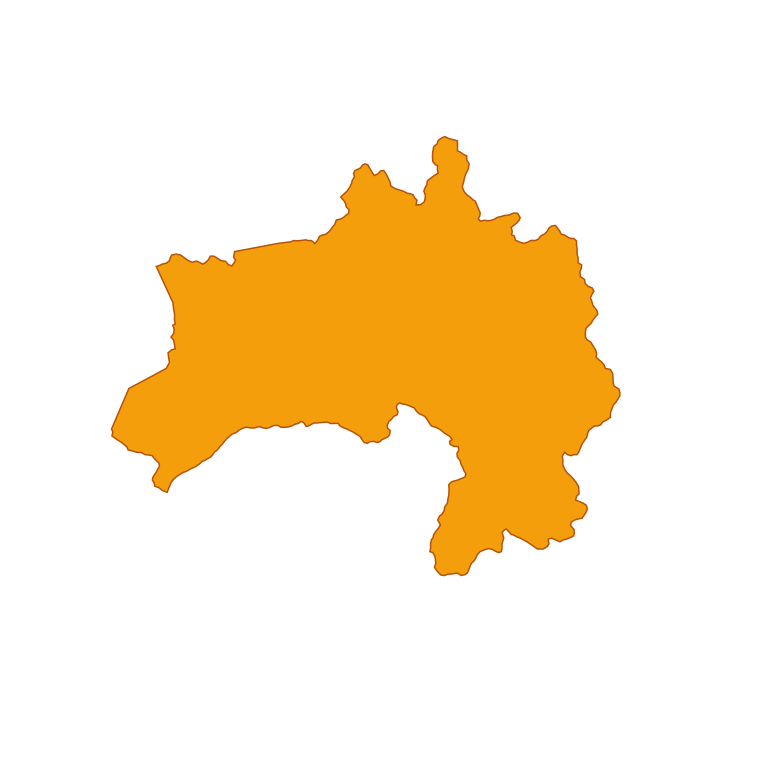 Colatina, Espírito Santo, Brazil, rotated 138°
{"feature_id": "56859067B84433470504301", "entity_name": "Colatina", "entity_type": "district", "adm_level": 2, "iso_a3": "BRA", "parent_name": "Brazil", "parent_adm1": "Espírito Santo", "projection": "orthographic", "projection_center": [-40.658, -19.472], "detail": "fine", "context": "isolated", "style": "filled", "palette": "amber", "viewbox_px": 768, "rotation_deg": 138, "n_neighbors": 0, "source": "geoboundaries", "source_scale": "gbopen_adm2", "svg_char_len": 6171}
<svg xmlns="http://www.w3.org/2000/svg" viewBox="0 0 768 768"><g transform="rotate(138 384 384)"><path d="M189.4,481.0L185.0,484.2L181.3,485.9L177.7,487.3L173.5,490.5L172.6,495.1L169.9,498.1L171.3,501.5L172.1,505.1L173.4,508.1L170.1,511.7L166.7,515.7L171.4,522.6L173.4,527.3L176.4,528.2L180.5,528.8L184.0,526.9L188.2,527.1L192.7,523.7L196.1,520.3L198.9,516.6L199.1,513.0L198.2,510.3L201.0,507.5L202.6,504.4L206.8,505.3L215.7,506.0L218.7,503.6L222.0,502.4L225.3,500.7L227.0,496.5L229.6,494.2L232.0,492.5L236.8,492.7L240.4,495.6L236.5,498.6L236.7,501.6L235.8,505.4L237.4,508.1L239.1,510.4L240.6,514.4L242.6,517.6L244.4,520.6L245.6,523.6L246.4,526.6L244.8,529.2L243.7,532.3L242.6,535.6L241.9,539.1L241.3,542.8L244.0,544.7L247.7,544.2L251.8,545.5L250.9,550.4L250.2,554.4L249.3,557.8L251.0,560.4L253.6,561.1L256.6,560.3L259.5,561.0L262.9,562.0L265.7,560.9L267.1,557.9L271.6,556.4L274.1,554.7L277.7,553.2L281.9,552.1L291.1,551.9L291.1,547.0L291.8,544.0L293.5,540.8L293.4,536.8L296.3,534.5L299.2,534.9L301.9,534.8L305.6,535.5L309.6,537.8L313.8,535.5L318.3,534.9L322.1,534.0L327.3,534.3L330.3,536.1L333.1,536.9L337.1,535.2L341.4,534.7L341.9,539.1L344.2,541.2L345.8,543.6L349.3,545.9L353.1,548.9L355.2,551.1L358.2,552.1L368.8,559.5L406.3,582.3L408.8,580.6L411.1,578.5L411.3,575.4L414.7,574.3L418.0,573.5L419.8,576.8L419.7,581.3L422.6,584.7L423.7,589.1L424.8,592.7L427.4,595.2L431.4,593.8L435.4,593.7L438.5,594.4L439.6,597.5L441.1,600.9L445.2,602.9L446.7,606.4L447.8,610.7L448.8,615.8L451.5,619.6L455.6,621.9L458.2,620.8L461.5,619.1L465.2,619.6L468.2,621.3L471.9,622.5L474.6,623.7L486.4,585.7L488.3,583.1L490.1,580.7L491.5,578.2L493.7,575.1L496.9,571.8L498.8,568.3L501.6,569.0L503.3,565.1L506.5,562.3L510.9,561.4L511.0,557.5L512.8,554.3L515.7,549.8L519.0,551.5L523.6,551.7L526.6,547.4L529.0,543.6L535.4,541.3L559.3,547.1L576.5,551.4L616.7,532.8L617.6,529.7L620.9,527.6L620.2,523.8L619.0,519.3L618.1,516.0L617.1,509.3L618.3,506.3L615.7,502.4L613.1,498.2L610.1,495.4L609.0,491.6L606.3,488.6L604.3,486.0L604.6,482.6L604.2,475.8L605.8,473.2L609.2,472.1L612.7,470.7L615.4,470.1L618.0,469.4L620.5,467.6L621.0,464.1L622.8,461.6L620.7,457.7L619.9,453.0L617.6,448.6L612.7,451.1L610.2,452.2L607.6,453.4L603.6,454.0L598.9,453.9L594.7,453.1L592.1,452.5L588.9,451.2L585.7,450.6L582.8,449.8L579.4,448.7L574.9,448.1L571.1,448.1L568.6,447.2L564.4,446.4L561.8,445.7L558.6,446.0L555.6,446.8L552.0,446.5L547.7,447.3L544.5,447.5L540.8,448.2L537.5,448.5L534.3,448.5L530.3,448.4L526.3,446.8L522.5,446.7L518.0,445.5L515.1,444.0L513.0,441.2L510.1,438.3L507.6,437.1L504.9,435.4L503.3,432.4L501.4,429.9L498.0,428.2L493.6,426.9L490.5,424.1L489.5,420.8L486.8,418.3L484.0,416.2L480.8,414.7L477.3,413.7L473.9,412.0L470.7,411.8L469.5,408.9L470.2,404.4L467.8,403.2L464.8,402.6L462.1,401.8L459.5,399.6L451.8,393.9L450.0,390.2L446.9,387.6L444.5,385.4L444.7,382.1L443.7,379.2L441.8,375.5L440.5,372.4L439.3,369.4L438.5,366.7L437.6,363.8L436.9,360.8L437.5,357.9L437.9,353.8L436.0,351.1L432.8,350.4L429.9,348.1L428.4,345.2L425.9,343.8L423.2,344.1L416.1,342.0L412.9,343.1L410.5,345.6L411.0,348.5L409.6,350.9L405.6,352.9L402.6,352.7L398.6,353.4L394.8,352.3L392.1,354.0L390.8,357.9L388.5,359.8L385.4,359.7L383.8,357.0L381.3,353.8L377.5,346.0L378.0,342.8L377.9,338.7L376.4,335.5L375.3,332.0L375.7,328.2L376.5,324.5L376.8,320.8L374.3,316.9L372.7,312.4L371.9,306.8L370.1,300.9L370.7,297.3L373.7,297.5L375.2,295.0L373.9,291.0L370.7,287.9L372.9,284.7L376.2,283.6L378.4,280.6L378.7,276.1L380.3,273.2L381.5,268.8L382.8,265.5L383.1,262.6L386.0,260.7L390.4,262.2L393.2,263.2L399.1,266.1L403.3,265.8L405.9,262.5L410.1,258.1L413.0,256.1L416.5,253.1L421.4,251.9L423.8,249.8L427.5,248.5L431.0,248.7L435.1,247.0L436.3,241.6L440.4,240.3L444.3,239.8L448.1,238.7L450.5,237.0L453.2,236.4L456.2,234.2L459.3,230.8L462.1,228.7L460.5,226.0L461.5,222.0L463.1,219.3L465.6,216.0L469.1,214.2L469.7,210.3L469.7,207.1L469.6,204.1L467.5,201.4L463.8,199.9L460.1,197.0L456.1,194.5L454.7,190.0L451.4,188.2L448.6,187.7L443.3,190.3L439.3,192.2L434.7,192.4L431.4,193.6L428.6,194.8L424.6,195.1L419.7,193.3L416.4,191.7L414.3,188.8L413.0,184.9L411.6,182.0L409.0,180.9L406.3,182.9L403.2,186.3L398.0,189.5L395.8,194.2L393.3,195.1L390.2,194.5L390.1,191.0L390.2,187.4L388.8,184.9L387.4,181.3L385.9,178.4L383.2,170.6L382.5,167.5L381.5,163.9L380.5,158.9L376.1,154.8L371.3,153.9L368.4,154.8L365.8,158.8L362.7,157.4L358.8,149.0L356.0,148.5L351.5,146.4L347.4,144.9L344.8,144.3L342.3,145.9L340.1,148.8L340.1,153.9L337.4,155.9L333.7,155.5L329.7,153.7L326.8,151.7L322.4,152.7L319.3,153.7L316.5,155.1L314.8,158.5L315.7,162.2L317.2,165.3L319.3,169.6L315.7,171.8L312.5,171.9L308.1,177.4L307.1,182.1L306.8,186.3L306.8,191.4L307.4,195.2L306.9,199.0L305.4,204.0L302.2,207.5L299.7,211.1L295.5,212.3L294.9,208.8L293.0,205.6L290.2,204.5L287.9,202.4L285.0,203.0L281.2,204.9L276.8,206.9L272.9,207.9L269.2,208.6L266.3,210.7L263.1,212.4L259.3,212.3L255.5,211.9L253.5,210.0L250.4,208.7L246.8,209.4L243.0,208.3L238.2,207.7L234.3,211.5L227.8,214.8L224.1,215.3L219.7,216.4L216.7,217.4L214.6,219.6L212.8,223.1L214.4,228.7L212.9,231.6L209.3,235.8L207.0,238.9L206.1,243.4L209.1,247.5L207.7,251.1L207.6,254.6L208.1,258.6L208.4,262.3L205.8,264.0L204.1,267.3L202.3,276.7L203.5,281.0L202.8,284.3L199.5,287.9L196.5,290.3L192.7,290.5L189.6,290.4L186.4,291.6L181.4,292.6L178.5,292.8L176.7,295.7L176.1,302.8L174.4,306.1L172.8,310.0L169.4,311.5L166.0,312.5L165.0,316.1L167.0,320.0L167.2,324.3L165.0,327.4L166.2,332.5L163.1,336.5L160.1,337.9L157.4,340.2L158.6,344.3L155.4,347.8L153.7,351.1L150.2,355.1L147.9,358.5L145.2,361.6L145.6,365.3L148.1,367.4L149.2,370.2L150.1,373.8L152.1,376.6L151.1,380.0L150.5,387.1L153.7,389.2L157.2,389.5L160.1,388.3L164.2,388.1L168.3,389.1L172.3,388.4L175.6,389.4L178.6,392.3L182.7,393.4L185.9,394.9L188.1,398.3L190.1,403.0L188.1,406.8L189.4,409.6L186.8,411.3L184.6,415.3L181.7,415.1L178.3,414.8L174.5,415.1L171.5,416.5L170.5,421.5L173.4,424.4L178.2,426.0L181.8,428.7L184.9,430.1L188.3,432.0L192.1,432.7L195.7,434.4L198.0,436.3L200.0,438.6L203.4,440.4L203.4,443.6L200.8,444.6L198.2,446.5L196.3,451.7L194.8,455.9L193.9,458.9L194.7,461.9L194.9,465.0L195.6,468.1L195.9,471.9L195.3,474.8L193.9,478.1L189.4,481.0Z" fill="#f59e0b" stroke="#b45309" stroke-width="1.5"/></g></svg>